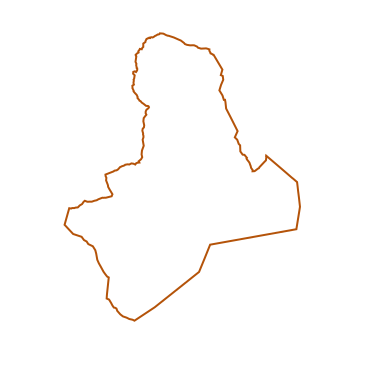 San Andrés Yaá, Oaxaca, Mexico (Natural Earth projection), rotated 109°
{"feature_id": "50627088B90449229158341", "entity_name": "San Andrés Yaá", "entity_type": "district", "adm_level": 2, "iso_a3": "MEX", "parent_name": "Mexico", "parent_adm1": "Oaxaca", "projection": "natural_earth1", "projection_center": [-96.145, 17.295], "detail": "fine", "context": "isolated", "style": "outline", "palette": "amber", "viewbox_px": 384, "rotation_deg": 109, "n_neighbors": 0, "source": "geoboundaries", "source_scale": "gbopen_adm2", "svg_char_len": 3230}
<svg xmlns="http://www.w3.org/2000/svg" viewBox="0 0 384 384"><g transform="rotate(109 192 192)"><path d="M55.3,216.2L55.4,217.0L55.1,217.3L54.9,219.6L54.5,219.7L53.2,221.2L52.0,222.0L51.5,222.0L51.5,223.7L51.6,225.4L53.5,230.1L53.6,233.3L52.9,234.5L52.6,237.5L52.8,238.5L53.6,240.6L54.0,241.8L54.5,244.7L54.4,246.9L53.7,248.0L52.4,251.9L52.3,253.7L51.8,259.5L51.9,265.1L52.1,265.6L52.1,267.5L51.6,270.5L51.8,271.6L52.5,274.1L53.3,274.2L53.9,274.8L54.2,275.7L55.8,277.0L56.5,277.8L57.3,278.3L58.7,279.5L58.8,280.6L59.8,282.3L60.2,282.0L60.8,283.6L61.5,284.0L62.0,284.8L64.3,285.1L65.4,284.9L67.5,286.4L70.7,285.3L71.9,285.9L73.4,286.0L73.7,287.9L74.4,287.9L76.5,288.6L77.5,287.9L78.9,289.1L80.8,290.0L81.3,289.8L81.5,290.1L81.4,289.2L81.9,288.8L87.3,287.8L88.9,286.3L90.2,286.1L91.5,285.3L92.9,284.6L92.9,284.1L93.8,283.7L94.8,283.5L96.2,283.8L96.8,284.0L96.5,285.3L97.5,286.6L98.4,286.4L99.3,286.2L100.3,284.2L103.8,283.6L104.8,283.8L105.8,283.2L107.4,283.0L108.8,282.4L109.4,281.9L110.9,283.0L112.5,282.3L113.1,282.2L115.3,280.1L115.9,280.0L117.0,278.2L118.2,275.9L119.9,274.3L120.8,274.2L122.2,271.9L122.8,271.3L122.8,270.3L123.8,268.7L124.4,266.5L125.5,263.5L125.0,261.6L125.2,260.9L125.8,260.3L127.0,260.5L129.0,261.8L130.8,262.0L132.6,261.5L133.8,260.3L135.6,261.0L137.9,261.7L141.0,261.0L144.5,258.9L146.6,258.5L148.2,259.2L150.2,258.9L151.2,258.2L152.5,257.3L153.6,257.0L154.7,256.2L156.1,255.7L158.6,255.7L164.0,252.7L169.1,252.8L172.9,251.9L175.3,250.4L177.6,250.8L180.3,252.4L181.3,251.4L182.1,253.1L182.9,254.1L184.5,254.6L184.3,256.5L184.7,258.6L186.4,260.2L186.8,261.9L188.0,264.1L188.7,264.4L189.8,265.7L190.5,266.7L191.2,267.3L191.7,268.0L194.9,269.4L196.1,270.4L196.2,270.7L197.1,272.3L198.0,272.8L203.7,279.5L205.2,278.8L206.4,277.6L209.0,277.0L212.2,274.3L213.1,273.6L214.4,273.0L216.5,270.7L220.0,266.5L222.2,266.6L225.4,271.5L226.4,274.1L226.6,274.9L229.4,278.2L230.8,279.4L232.1,281.5L233.7,283.5L234.2,284.9L235.3,287.8L235.2,290.5L236.6,291.3L239.2,292.0L241.3,293.8L243.3,294.7L243.8,295.0L244.6,296.9L245.6,298.2L246.2,300.1L247.0,300.9L247.3,302.8L264.5,301.8L270.4,290.7L270.3,281.8L272.6,278.5L273.1,275.5L275.0,273.1L275.6,268.1L278.5,264.5L281.5,262.5L286.9,259.5L289.7,256.9L292.9,253.3L296.2,249.7L297.9,247.3L299.6,244.7L299.9,242.9L316.8,239.0L320.5,238.0L320.7,235.4L323.3,232.3L325.2,230.3L326.7,228.3L326.5,226.9L326.8,225.5L328.7,224.0L331.0,220.0L332.1,216.8L332.1,215.8L332.1,212.9L332.5,209.9L332.1,206.6L332.4,204.5L313.1,189.7L265.3,159.3L251.7,158.5L235.9,157.7L193.2,81.2L174.7,84.4L170.8,85.1L162.4,89.1L156.1,92.2L152.7,93.8L149.2,95.5L148.4,95.9L148.0,96.9L146.6,100.4L145.9,102.4L143.4,108.6L140.5,115.9L138.6,120.7L133.5,133.7L134.1,133.6L134.7,133.1L138.0,132.4L140.1,133.4L144.1,135.2L146.8,136.4L147.7,136.5L148.5,137.3L151.4,139.2L152.0,139.8L152.7,141.5L151.5,141.8L150.6,143.1L149.9,144.0L148.3,145.0L147.5,145.7L145.5,147.3L144.5,148.8L143.2,150.8L142.5,151.4L141.8,151.2L139.8,154.5L140.2,156.3L137.9,159.5L132.2,161.7L131.3,163.5L127.9,166.2L126.4,169.3L119.6,168.7L108.2,180.4L102.0,186.9L96.2,189.6L94.1,190.8L94.5,191.9L90.8,194.6L87.0,199.2L81.2,199.4L75.7,199.0L72.3,200.7L72.1,202.8L66.4,203.1L55.3,216.2Z" fill="none" stroke="#b45309" stroke-width="2"/></g></svg>